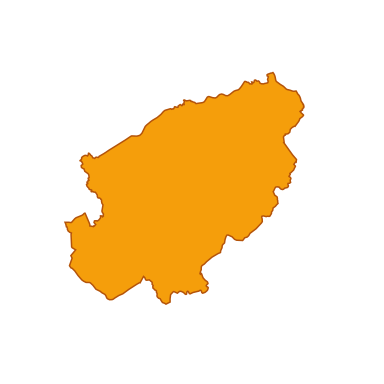 the district of Pho Prathap Chang, Phichit, Thailand, rotated 146°
{"feature_id": "78962969B76859973780400", "entity_name": "Pho Prathap Chang", "entity_type": "district", "adm_level": 2, "iso_a3": "THA", "parent_name": "Thailand", "parent_adm1": "Phichit", "projection": "natural_earth1", "projection_center": [100.175, 16.321], "detail": "fine", "context": "isolated", "style": "filled", "palette": "amber", "viewbox_px": 384, "rotation_deg": 146, "n_neighbors": 0, "source": "geoboundaries", "source_scale": "gbopen_adm2", "svg_char_len": 6050}
<svg xmlns="http://www.w3.org/2000/svg" viewBox="0 0 384 384"><g transform="rotate(146 192 192)"><path d="M269.0,276.0L269.8,274.6L269.9,274.0L269.4,273.0L269.1,272.1L268.6,271.6L269.3,269.1L268.0,265.5L267.9,264.6L268.1,263.7L269.2,261.5L270.4,261.5L270.9,259.4L271.7,259.7L272.6,258.7L273.6,258.9L273.8,257.2L275.0,257.4L275.3,257.2L275.8,255.4L275.4,252.4L275.7,252.0L275.4,251.1L275.0,250.7L274.5,250.5L274.1,249.5L274.3,249.3L275.1,249.1L275.3,248.9L275.3,248.5L273.7,247.5L273.5,246.9L272.2,245.8L272.2,242.6L273.0,241.2L273.2,240.5L273.1,239.5L272.0,238.8L271.5,237.3L271.7,237.1L271.5,235.9L272.3,234.7L273.0,232.9L273.0,231.1L277.3,226.6L277.7,225.5L277.7,223.3L278.0,222.9L278.5,222.6L278.9,221.6L280.0,221.4L280.2,222.6L281.2,223.4L282.0,222.1L282.6,221.6L284.9,220.9L286.7,220.9L287.5,221.8L289.0,222.6L290.3,221.5L290.0,218.9L292.0,218.4L292.3,218.8L293.0,218.4L295.7,221.0L295.0,222.0L294.6,223.3L292.5,234.2L292.9,234.5L293.6,234.5L294.9,234.2L296.3,234.2L302.5,235.5L304.1,235.4L308.8,234.2L309.4,234.3L311.2,235.9L314.2,237.9L314.6,235.9L315.6,233.4L315.2,233.1L315.7,231.3L316.3,230.5L316.3,229.3L316.5,229.1L315.9,227.0L314.9,225.4L315.9,224.6L322.5,213.8L322.5,212.8L320.8,209.1L328.0,207.0L328.4,204.2L334.8,199.4L334.8,196.8L334.0,195.6L333.3,192.0L333.2,186.6L332.5,180.7L331.7,178.6L330.4,176.3L327.6,174.3L327.1,173.6L326.3,170.1L326.0,165.1L323.7,161.1L323.0,158.8L321.6,156.1L321.4,155.3L321.5,153.6L321.8,152.5L321.9,151.4L321.7,150.6L320.6,148.8L318.3,147.4L317.1,147.2L315.1,147.3L310.4,147.1L306.3,146.3L298.8,146.6L289.1,146.4L285.8,146.1L285.7,145.8L279.4,149.1L279.2,148.4L279.1,146.9L279.5,145.3L279.4,144.8L278.9,144.2L276.5,143.0L275.6,139.7L275.7,139.1L276.7,137.8L276.5,136.2L277.4,135.5L278.1,134.1L277.8,133.6L277.7,131.7L277.1,131.0L276.8,130.0L277.5,128.9L277.8,127.1L279.2,125.4L279.4,124.4L279.1,122.7L278.1,121.3L278.3,119.0L278.3,116.9L276.9,115.0L276.3,113.6L271.7,113.0L270.0,115.6L267.1,118.9L263.8,119.7L262.9,119.7L262.4,119.1L260.7,116.3L258.1,116.6L257.2,116.2L256.5,115.6L255.3,113.6L255.0,112.4L254.8,111.3L254.3,110.5L253.7,110.4L252.1,112.0L251.6,112.2L251.2,112.2L250.9,111.9L250.8,111.3L251.0,109.2L250.5,108.6L247.3,108.1L241.7,106.0L240.2,106.0L239.6,105.4L239.7,104.6L240.1,103.1L239.7,102.1L237.3,101.5L235.1,101.7L233.8,102.1L232.1,103.5L232.1,104.4L232.8,105.5L232.6,106.4L231.6,106.9L230.0,107.1L229.5,108.5L229.5,109.0L230.4,111.5L230.8,114.4L230.6,115.8L229.8,118.7L229.9,119.3L230.9,119.0L231.1,119.8L229.3,121.4L227.8,122.4L226.8,123.9L225.8,125.0L224.8,125.4L221.9,125.4L218.8,126.1L211.8,126.8L204.9,126.4L202.4,125.9L202.1,126.0L201.2,127.2L198.3,129.0L197.3,130.2L196.5,130.9L195.8,131.2L193.5,131.6L191.3,134.0L188.8,136.0L187.4,136.6L187.0,136.7L186.0,136.0L183.8,132.4L183.2,129.0L182.0,127.1L177.2,123.5L176.1,123.7L174.0,124.6L171.5,123.8L170.6,123.9L169.4,124.1L167.0,125.3L159.5,125.7L151.7,127.5L150.3,128.1L148.9,130.4L148.3,132.2L147.6,132.8L146.1,132.2L144.3,130.1L143.1,129.8L141.9,128.8L141.2,128.4L140.8,128.5L138.2,129.7L137.1,131.1L135.5,131.5L133.7,133.4L130.8,133.5L128.9,134.1L127.1,134.4L126.7,135.5L125.7,137.1L125.5,138.0L124.8,138.9L124.2,140.2L124.8,142.2L125.2,142.9L124.5,146.9L123.7,147.2L121.1,148.8L120.1,149.2L119.6,149.2L118.2,148.5L117.8,147.9L117.3,147.7L117.0,147.0L116.9,145.5L116.5,144.4L115.4,143.3L114.2,143.1L113.2,143.4L110.5,142.4L109.6,142.5L108.6,143.1L108.3,144.4L108.0,145.1L107.6,145.4L106.1,144.7L104.9,144.8L104.3,146.4L103.7,147.1L102.6,147.7L102.2,149.0L102.9,150.6L102.4,151.0L100.8,151.6L100.5,152.7L99.2,152.7L95.4,153.4L93.7,154.5L92.0,155.4L91.8,155.6L92.1,158.0L89.3,159.0L89.0,158.5L87.2,160.5L87.9,166.6L88.3,181.6L87.9,181.5L85.4,186.5L83.8,187.2L82.8,187.0L82.3,187.8L81.1,187.1L79.6,186.6L77.5,186.9L75.4,189.0L73.0,189.5L70.3,189.3L69.9,188.8L64.0,190.9L62.3,191.9L61.7,192.5L58.2,192.7L57.0,193.1L56.6,193.3L56.5,193.6L57.2,196.5L57.4,198.4L56.5,198.5L56.1,198.1L55.6,198.4L54.7,198.1L54.2,199.0L53.9,198.9L52.9,199.4L52.4,199.4L52.3,199.6L51.9,199.7L51.8,200.3L51.2,200.5L51.1,200.8L51.0,202.3L50.7,202.3L50.7,206.3L50.3,207.6L49.7,209.1L49.3,211.0L49.2,212.5L49.5,213.8L49.2,217.5L51.2,218.5L52.1,219.3L53.9,221.7L55.9,223.9L56.3,224.7L57.1,228.5L58.7,232.0L60.2,236.3L60.2,237.5L58.7,241.0L58.2,242.8L58.0,244.7L58.1,245.8L59.3,246.0L60.2,246.5L63.5,247.3L64.3,247.2L64.8,246.2L64.2,245.3L64.3,244.8L66.4,243.1L66.9,241.3L67.8,240.4L68.2,240.2L69.9,240.8L71.2,241.4L72.2,241.6L73.9,242.9L74.7,244.1L74.5,246.0L74.8,246.9L76.2,247.6L76.6,249.2L77.5,249.7L77.8,249.7L79.2,248.4L79.9,248.2L80.3,248.5L80.7,249.7L81.0,249.9L81.5,248.2L81.8,248.0L82.2,248.2L83.8,249.6L83.7,250.8L84.0,251.4L84.2,251.7L85.0,252.1L85.4,253.2L86.2,254.1L86.8,254.1L92.0,251.9L95.3,250.9L96.7,250.9L99.3,251.8L101.0,252.1L106.0,251.7L108.2,251.8L108.8,252.0L110.2,253.1L111.5,255.4L112.7,256.7L114.4,257.3L115.6,257.3L118.6,256.7L120.1,256.9L122.1,258.6L124.5,261.6L125.2,262.0L126.3,262.1L130.3,260.3L132.0,259.9L133.5,260.3L139.1,263.0L139.4,263.3L139.6,264.7L140.8,266.0L141.1,266.8L141.6,267.0L141.8,267.6L142.2,267.8L142.0,268.6L142.7,269.3L145.6,270.6L146.9,272.6L147.3,272.8L147.7,272.6L147.6,271.4L149.2,270.1L149.4,269.1L149.8,268.9L150.7,270.0L151.7,269.2L152.1,269.2L152.9,271.1L155.4,271.0L156.0,270.2L156.4,270.1L157.2,270.7L158.5,272.3L159.0,272.3L159.3,271.9L160.7,271.3L160.8,271.6L162.6,271.9L162.8,272.1L162.9,272.8L163.3,273.1L168.7,274.8L170.6,274.7L174.3,273.7L179.2,273.2L184.3,273.5L186.5,273.5L192.2,272.9L194.1,272.5L200.5,268.8L202.1,268.4L203.7,268.2L206.4,269.1L210.6,272.2L211.4,272.4L218.4,272.4L237.3,273.1L243.4,273.1L249.1,273.5L249.8,273.1L250.4,273.0L251.6,274.2L252.1,274.5L252.7,274.6L253.9,274.2L254.5,275.2L255.1,275.7L254.9,278.0L255.4,279.0L255.3,280.1L255.5,280.5L255.7,281.7L255.9,282.0L256.2,282.0L257.2,280.9L258.4,280.3L259.1,281.3L260.0,282.1L260.6,282.3L262.1,282.5L263.8,282.4L264.5,282.0L264.9,281.2L265.9,280.8L267.2,280.7L267.3,280.3L266.6,279.6L266.6,278.6L266.4,278.3L266.7,277.3L266.8,276.6L267.2,276.0L269.0,276.0Z" fill="#f59e0b" stroke="#b45309" stroke-width="1.5"/></g></svg>